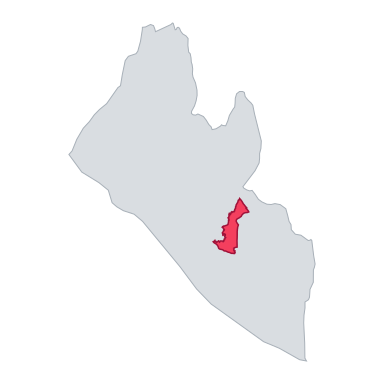 Gboe-Ploe, Grand Gedeh, Liberia shown in context
{"feature_id": "62588387B47381315935072", "entity_name": "Gboe-Ploe", "entity_type": "district", "adm_level": 2, "iso_a3": "LBR", "parent_name": "Liberia", "parent_adm1": "Grand Gedeh", "projection": "equal_earth", "projection_center": [-8.826, 6.021], "detail": "fine", "context": "in_parent", "style": "filled", "palette": "rose", "viewbox_px": 384, "rotation_deg": 0, "n_neighbors": 0, "source": "geoboundaries", "source_scale": "gbopen_adm2", "svg_char_len": 5274}
<svg xmlns="http://www.w3.org/2000/svg" viewBox="0 0 384 384"><path d="M68.9,154.5L72.1,150.9L76.8,139.3L83.3,128.2L89.4,121.6L94.3,114.8L99.4,109.6L106.7,103.6L117.9,87.6L120.5,85.7L122.3,74.7L125.2,60.6L128.4,56.3L136.0,53.7L137.8,51.2L140.5,41.3L142.3,29.8L142.4,27.3L145.4,27.0L150.5,24.5L153.5,25.6L154.8,28.9L155.5,31.7L171.0,24.5L172.4,23.0L173.2,23.3L175.2,29.8L176.3,29.4L177.2,27.5L178.2,27.3L179.5,28.2L180.7,31.2L182.7,33.9L186.0,35.9L188.1,38.5L187.9,45.4L188.7,52.2L190.2,53.7L191.0,57.7L191.3,62.2L192.1,64.5L192.7,68.9L192.4,73.7L193.0,77.1L195.5,82.9L197.0,90.2L197.1,95.4L196.1,100.9L194.5,105.9L191.6,111.3L191.4,113.4L193.1,114.8L195.7,115.1L197.9,114.0L203.4,116.5L206.2,120.1L208.8,124.5L211.1,126.8L212.1,129.6L216.0,128.8L220.5,126.1L221.5,124.8L222.8,125.5L225.7,125.8L227.8,120.9L229.4,115.4L233.0,109.3L234.7,107.0L235.1,103.1L235.3,98.2L236.6,93.8L239.5,91.5L242.6,91.5L244.3,92.4L245.2,96.6L247.7,99.8L249.9,101.9L251.0,102.9L252.8,105.3L254.5,113.8L261.3,141.0L260.9,148.5L259.6,153.4L259.6,158.3L259.1,163.0L255.0,170.8L242.9,186.7L243.8,188.1L246.7,189.9L249.7,190.9L252.1,190.4L255.1,194.3L258.4,199.3L261.9,201.9L266.9,204.2L271.2,204.5L274.9,203.6L280.2,204.6L285.8,208.7L287.7,215.6L289.1,221.5L291.0,224.6L291.3,229.7L295.3,234.2L300.9,235.2L308.2,240.5L310.1,240.2L310.9,239.5L311.8,240.5L313.7,255.9L315.1,264.0L314.4,267.3L313.4,269.9L313.3,282.3L310.0,289.4L309.5,297.2L308.5,299.7L305.0,302.0L305.0,308.0L304.0,315.2L303.7,322.9L304.7,343.1L304.9,358.1L306.5,361.0L299.6,359.7L279.2,348.2L263.6,341.7L211.2,304.1L196.6,289.0L179.9,266.6L142.6,221.4L134.1,214.2L123.4,210.7L116.8,206.8L112.1,202.7L108.3,190.2L99.0,182.7L81.8,172.1L68.9,154.5Z" fill="#d9dde1" stroke="#a8b0b8" stroke-width="1"/><path d="M239.6,198.5L239.4,199.2L239.0,200.0L238.9,200.1L238.7,200.2L238.4,200.1L238.2,200.4L238.2,200.6L237.9,201.7L237.7,202.4L237.0,203.4L236.8,203.9L236.7,204.0L236.5,204.4L236.2,204.8L235.9,206.4L235.9,206.5L235.7,206.7L235.5,207.0L235.6,207.5L235.6,207.9L235.5,208.3L235.4,208.3L235.3,208.5L235.0,209.2L234.8,209.3L234.6,209.9L234.6,210.0L234.7,210.4L234.7,210.5L234.6,211.0L234.1,211.1L234.0,211.4L233.9,211.8L232.9,211.7L232.6,212.0L232.4,212.2L232.1,212.5L231.9,212.6L231.7,212.4L231.7,212.2L231.6,211.9L231.1,212.3L231.0,212.5L230.6,214.0L230.4,213.9L230.1,214.2L229.9,214.3L229.7,214.3L229.6,214.0L229.4,213.5L229.3,213.4L228.9,214.4L229.0,214.7L229.4,214.9L229.7,215.2L229.6,215.6L229.2,215.6L228.9,215.8L228.9,216.0L228.9,216.3L228.8,216.9L228.7,218.0L228.4,217.5L228.1,217.6L228.1,217.9L228.4,218.4L228.7,218.8L229.0,219.8L228.9,219.8L228.6,219.8L228.5,220.0L228.5,221.9L228.4,222.4L228.3,222.9L228.1,223.7L228.0,224.4L227.8,224.6L227.0,225.1L226.7,225.2L226.3,225.4L226.2,225.4L225.8,225.5L225.5,225.6L225.3,225.7L225.0,225.8L224.8,225.9L224.7,225.9L224.3,226.1L223.7,226.0L223.4,226.2L223.5,226.4L223.5,226.5L223.4,226.8L223.2,226.9L223.0,226.5L222.8,226.5L222.6,226.6L222.3,227.1L222.8,227.2L222.8,227.6L223.1,228.1L223.4,228.6L223.5,228.7L223.9,229.1L224.0,229.1L224.2,229.3L224.4,229.5L224.3,229.8L224.2,229.7L223.8,229.7L223.8,229.9L223.6,230.3L223.5,230.9L223.3,231.3L223.2,231.5L223.3,231.5L223.2,231.7L223.1,231.9L222.8,232.2L222.3,232.8L222.4,233.3L222.6,233.5L222.9,233.7L222.9,234.1L222.8,234.5L222.7,234.9L222.8,235.2L223.0,235.4L223.3,235.1L223.5,234.7L223.5,234.1L223.8,233.8L224.6,233.9L224.7,234.2L224.5,234.4L224.4,234.3L224.1,234.3L224.1,234.6L224.9,234.7L225.2,234.5L225.3,234.5L225.4,234.9L225.2,235.6L224.9,235.8L224.7,236.0L224.8,237.0L225.0,237.1L225.6,237.4L225.7,237.6L224.7,238.7L224.7,238.8L224.7,239.4L224.4,239.4L224.2,239.3L224.1,239.7L224.1,239.8L224.0,240.0L224.0,240.4L224.0,240.5L223.9,240.5L223.6,240.6L223.6,241.0L223.6,241.3L223.4,241.6L223.1,241.7L222.8,241.2L222.7,241.1L221.3,241.0L220.8,240.9L220.4,241.1L220.2,241.4L219.6,242.1L218.7,240.8L218.3,240.9L218.2,241.2L218.1,241.4L216.7,242.2L216.4,242.3L216.0,241.4L215.3,241.5L215.2,241.2L214.9,240.4L214.0,241.4L213.6,241.5L213.6,242.0L213.4,242.0L213.7,242.4L213.9,242.6L215.0,243.3L216.4,244.2L217.4,245.3L218.1,246.5L218.7,248.3L219.5,249.0L221.0,249.4L222.3,249.6L223.2,250.1L224.1,250.9L224.7,251.0L225.6,251.0L226.6,251.5L227.6,251.9L227.9,252.1L228.1,252.2L229.4,252.4L230.2,252.8L231.0,253.2L231.9,253.4L232.4,253.3L232.9,253.4L233.9,253.5L234.6,253.5L234.9,253.0L235.1,252.6L235.1,252.3L234.9,251.9L234.7,251.9L234.9,251.3L234.9,250.8L234.5,250.8L234.3,250.9L234.2,251.0L234.0,250.7L233.9,250.5L233.7,250.1L233.7,249.7L233.9,249.4L234.1,249.0L234.0,248.6L233.9,248.3L233.8,248.2L234.6,247.7L234.9,247.6L235.8,247.3L237.1,247.1L237.1,245.4L237.0,240.1L237.1,239.1L237.2,235.2L237.2,234.8L237.2,233.6L237.2,232.3L237.2,231.5L237.2,231.1L237.3,230.5L237.4,229.0L237.6,228.1L237.6,227.3L238.4,224.9L238.2,224.7L236.8,222.6L236.2,221.3L236.2,220.7L236.6,219.4L238.2,218.3L239.3,217.8L239.6,217.6L240.5,216.8L240.7,216.7L241.1,216.5L241.2,216.4L242.0,214.9L242.6,214.3L243.5,213.4L244.8,212.8L246.0,212.6L246.3,212.6L247.4,212.5L248.4,212.1L248.8,211.9L248.6,211.5L248.0,210.5L247.4,209.8L246.8,209.1L246.3,208.8L245.9,208.1L246.2,207.5L246.4,207.5L245.6,206.6L245.4,206.4L244.2,204.8L244.1,204.7L243.4,203.9L243.1,203.5L242.9,203.0L241.9,201.3L240.8,199.8L239.6,198.5Z" fill="#f43f5e" stroke="#9f1239" stroke-width="1.5"/></svg>